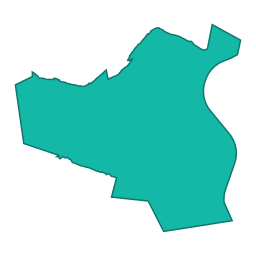 Tholen, Zeeland, Netherlands
{"feature_id": "6326949B94220918271569", "entity_name": "Tholen", "entity_type": "district", "adm_level": 2, "iso_a3": "NLD", "parent_name": "Netherlands", "parent_adm1": "Zeeland", "projection": "albers", "projection_center": [4.074, 51.57], "detail": "fine", "context": "isolated", "style": "filled", "palette": "teal", "viewbox_px": 256, "rotation_deg": 0, "n_neighbors": 0, "source": "geoboundaries", "source_scale": "gbopen_adm2", "svg_char_len": 5002}
<svg xmlns="http://www.w3.org/2000/svg" viewBox="0 0 256 256"><path d="M77.8,164.4L79.2,165.1L80.1,165.5L80.5,165.6L80.8,165.7L82.3,166.0L82.6,166.1L82.9,166.2L83.5,166.4L84.1,166.5L84.5,166.6L84.9,166.7L85.2,166.8L86.4,167.3L86.6,167.4L87.6,167.3L87.9,167.4L88.8,167.7L89.5,167.9L90.6,168.4L93.9,169.8L95.1,170.3L95.7,170.6L96.7,170.9L98.3,171.4L100.7,172.3L101.0,172.3L102.4,172.0L102.5,172.1L104.0,172.9L105.2,173.2L105.4,173.4L105.6,173.6L106.2,174.4L106.5,174.6L106.9,174.5L107.1,174.4L107.4,174.2L107.9,174.0L108.2,173.9L108.5,173.9L108.8,174.0L109.1,174.1L109.4,174.2L109.6,174.3L110.2,175.0L110.5,175.4L110.9,175.9L111.0,175.9L111.1,176.0L111.4,176.2L112.3,176.5L112.7,176.6L115.1,177.1L115.4,177.2L115.6,177.3L116.4,177.9L116.5,177.9L111.5,197.1L148.2,201.0L163.7,231.4L221.7,222.3L232.2,220.7L224.1,202.5L223.9,199.8L224.0,197.8L224.1,195.7L224.4,193.7L224.9,191.7L225.5,189.7L226.1,187.8L228.1,182.0L228.2,181.8L234.2,164.6L234.9,162.6L235.4,160.6L235.9,158.6L236.1,156.6L236.3,154.6L236.3,152.5L236.2,150.5L235.9,148.4L235.5,146.4L235.0,144.4L234.3,142.5L233.5,140.6L232.6,138.8L231.6,137.0L230.5,135.3L229.2,133.7L211.0,111.5L209.7,109.9L208.5,108.3L207.4,106.5L206.5,104.7L205.6,102.8L204.9,100.9L204.4,98.9L203.9,96.9L203.6,94.9L203.5,92.8L203.4,90.8L203.5,88.7L203.8,86.7L204.2,84.7L204.7,82.7L205.3,80.8L206.0,78.8L206.8,76.9L207.7,75.1L208.7,73.3L209.9,71.6L211.1,70.0L212.5,68.5L213.9,67.0L215.5,65.7L217.1,64.5L218.8,63.3L220.6,62.3L222.5,61.5L224.4,60.7L226.3,60.0L230.1,58.5L233.8,56.7L235.5,55.7L237.4,54.7L240.6,40.2L212.2,24.6L207.4,48.9L207.1,49.0L204.5,50.1L202.3,49.7L200.5,48.7L198.0,47.1L196.4,46.0L194.4,45.1L194.1,44.9L194.0,44.7L193.5,43.7L193.2,43.4L193.0,43.1L191.6,41.7L191.1,41.3L190.1,41.4L189.1,41.5L187.7,40.9L186.9,40.5L184.2,39.0L183.5,38.6L181.5,37.7L180.2,36.9L176.1,35.4L170.0,34.1L168.3,33.2L167.6,33.0L165.0,31.7L164.2,31.2L162.9,30.1L161.5,29.4L160.6,29.0L160.0,28.6L159.2,28.0L158.8,27.8L158.6,27.8L156.4,28.0L156.2,28.0L153.9,29.2L151.1,30.8L150.9,31.0L150.1,32.6L149.9,32.9L149.7,33.1L148.0,34.0L147.8,34.3L147.5,34.1L146.4,35.7L145.8,36.4L145.2,37.3L143.8,38.8L143.1,39.7L141.8,41.1L141.2,42.1L140.1,43.7L138.7,44.1L137.9,44.9L137.4,45.8L136.6,46.7L135.9,47.3L135.2,48.1L134.9,48.5L134.7,48.7L134.3,49.3L134.0,50.0L133.6,50.6L133.5,50.8L133.4,50.9L133.2,51.1L132.0,52.4L131.5,53.1L131.4,53.2L130.9,54.2L130.6,54.7L130.4,55.1L129.7,55.6L129.6,55.8L129.5,56.3L129.5,56.6L129.2,57.8L129.1,58.1L129.0,58.4L128.8,58.7L128.7,58.9L128.0,59.7L127.9,59.8L127.6,60.2L127.7,60.3L127.8,60.5L129.1,60.6L129.4,60.5L129.6,60.5L129.9,60.4L130.1,60.3L130.3,60.2L131.1,59.6L131.3,59.4L131.8,59.2L132.3,59.0L131.6,60.5L131.4,60.8L130.7,61.6L130.1,62.5L129.4,63.5L129.0,63.9L128.5,64.6L127.9,65.3L127.3,66.0L127.1,66.2L126.6,66.5L125.7,67.2L124.9,67.6L124.0,68.4L123.1,69.0L122.6,69.5L121.7,70.3L121.4,70.6L121.0,71.0L120.9,71.1L120.8,71.3L120.8,71.5L120.7,71.7L120.6,71.9L120.0,72.5L119.8,72.6L119.7,72.8L119.2,73.5L119.3,73.7L119.2,73.8L118.8,74.2L118.6,74.3L118.2,74.6L117.8,74.8L116.7,75.3L115.8,75.8L115.2,76.1L115.0,76.3L114.8,76.3L114.6,76.4L114.2,76.5L113.7,76.6L113.1,76.9L112.6,77.1L112.2,77.3L111.4,77.6L110.9,77.8L110.7,77.9L110.3,78.2L109.8,78.4L108.6,79.2L108.4,79.4L108.2,79.5L106.2,70.0L102.8,73.1L101.4,74.4L100.1,75.4L99.7,76.0L97.2,77.9L95.8,79.2L94.2,80.8L93.3,81.6L92.2,82.1L92.1,82.3L91.6,83.0L91.3,83.2L90.9,83.5L90.6,83.5L89.6,83.6L89.4,83.5L89.4,83.4L89.4,83.1L89.1,83.2L88.7,83.8L87.8,84.5L85.2,86.1L84.1,86.2L83.0,86.5L82.9,86.5L82.3,86.4L81.5,86.1L80.6,85.9L79.3,86.2L78.1,85.7L77.0,85.6L75.5,85.0L74.8,84.9L73.2,84.7L72.7,84.7L72.3,84.6L71.1,84.4L70.8,84.2L70.3,84.0L69.6,83.8L68.8,83.7L68.6,83.7L68.0,83.7L67.7,83.6L67.3,83.5L66.7,83.1L66.4,83.0L66.1,82.8L65.7,82.6L65.3,82.4L64.7,82.3L63.2,82.0L61.8,81.8L60.7,81.5L59.7,81.1L59.2,80.9L58.9,80.6L58.8,80.4L59.3,80.2L58.9,79.7L56.9,78.9L56.4,78.7L55.5,78.5L54.8,78.3L54.6,78.3L54.3,78.3L54.1,78.3L53.9,78.3L53.8,78.5L53.8,78.8L54.5,79.0L54.1,79.3L53.2,79.5L52.3,79.5L51.3,79.4L50.0,79.4L47.8,79.4L46.3,79.5L46.0,79.4L45.8,79.4L44.5,78.6L44.3,78.5L41.1,78.1L40.8,78.1L40.5,78.1L39.7,78.2L39.3,78.2L39.1,78.1L38.9,78.0L38.7,77.8L38.1,76.7L37.7,76.1L37.5,75.8L36.3,75.0L36.0,74.7L34.5,73.4L33.8,72.9L32.3,72.0L32.4,76.5L15.4,84.9L23.8,143.5L58.7,155.3L56.9,156.6L57.1,156.6L58.0,156.6L58.3,156.7L58.5,156.8L58.8,157.0L58.9,157.3L59.0,157.6L59.2,157.9L59.2,158.1L59.4,158.5L59.6,158.7L59.9,158.7L60.4,158.4L61.0,158.1L61.3,157.9L62.0,157.3L62.5,156.9L62.7,156.7L62.8,156.7L63.0,156.6L63.3,156.7L63.5,156.8L63.9,157.1L64.1,157.3L64.4,157.5L64.7,157.6L65.0,157.8L65.3,157.8L65.6,157.9L65.9,157.8L66.0,157.8L66.2,157.7L66.7,157.5L67.1,157.4L67.5,157.5L67.8,157.7L68.2,158.2L68.5,158.5L69.1,159.0L69.4,159.2L71.2,160.1L71.3,160.3L71.4,160.5L71.6,161.2L71.9,161.6L72.1,162.1L72.3,162.3L72.5,162.5L72.8,162.6L73.3,162.9L73.6,162.9L73.9,163.0L74.3,163.1L74.9,163.2L75.3,163.4L75.8,163.6L76.3,163.9L76.6,164.0L77.0,164.1L77.4,164.3L77.8,164.4Z" fill="#14b8a6" stroke="#0f766e" stroke-width="1.5"/></svg>